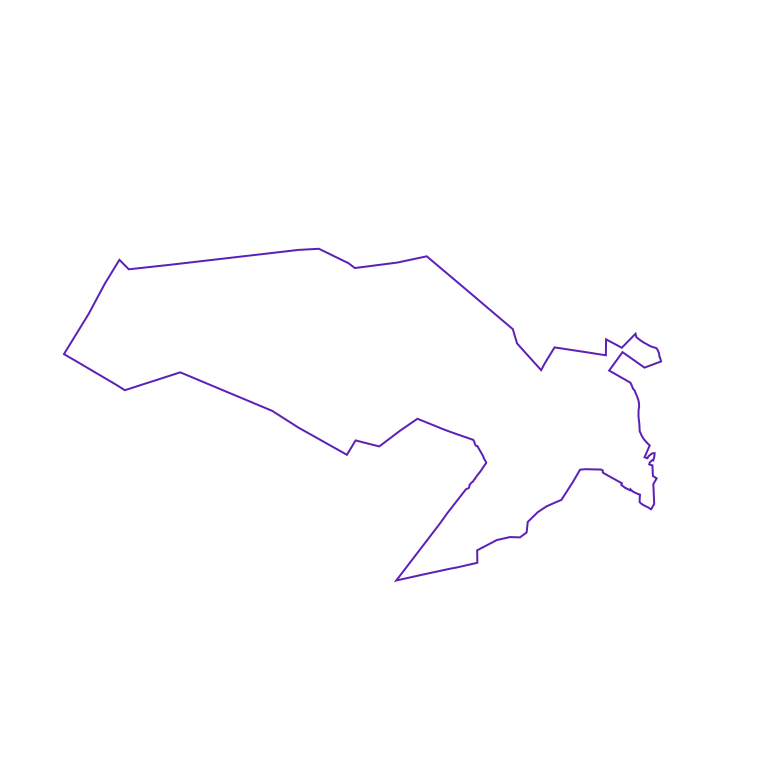 San Andrés Zautla, Oaxaca, Mexico, rotated 29°
{"feature_id": "50627088B86831470894545", "entity_name": "San Andrés Zautla", "entity_type": "district", "adm_level": 2, "iso_a3": "MEX", "parent_name": "Mexico", "parent_adm1": "Oaxaca", "projection": "natural_earth1", "projection_center": [-96.857, 17.182], "detail": "fine", "context": "isolated", "style": "outline", "palette": "violet", "viewbox_px": 768, "rotation_deg": 29, "n_neighbors": 0, "source": "geoboundaries", "source_scale": "gbopen_adm2", "svg_char_len": 2572}
<svg xmlns="http://www.w3.org/2000/svg" viewBox="0 0 768 768"><g transform="rotate(29 384 384)"><path d="M552.3,495.1L546.3,484.6L546.1,484.3L558.3,465.8L568.4,456.8L577.3,452.2L580.7,444.7L576.6,434.9L580.6,421.6L585.4,412.3L587.0,410.2L593.2,402.0L595.3,399.5L596.7,378.8L597.0,363.9L601.7,360.7L608.3,357.3L615.3,353.6L617.2,353.5L618.4,355.4L622.0,355.5L627.7,355.5L636.3,355.5L640.2,355.5L640.3,356.4L640.3,356.8L640.3,357.0L640.6,357.3L640.8,357.3L643.7,357.7L644.5,357.9L645.2,357.9L645.5,357.8L646.3,357.8L650.0,357.7L650.8,357.7L650.6,356.6L651.3,356.8L652.9,357.2L653.7,357.4L657.2,357.3L661.6,356.7L662.0,357.7L662.9,359.7L664.5,362.8L664.8,363.2L665.2,363.4L666.1,363.8L667.1,363.9L669.0,364.1L670.5,364.1L673.3,364.0L675.0,363.9L677.7,364.1L678.4,364.0L678.4,357.8L668.1,341.0L668.2,334.3L663.8,334.1L658.2,325.0L657.1,325.3L655.8,325.7L654.9,325.7L654.5,323.9L654.8,322.6L655.5,320.6L656.5,320.3L656.0,317.6L655.0,315.0L654.2,313.3L652.7,314.2L652.0,315.1L651.2,316.8L650.3,319.2L650.4,321.2L647.4,321.8L647.2,319.7L646.2,308.9L645.7,308.8L645.1,308.6L643.3,308.2L641.3,307.4L639.0,306.7L637.2,305.9L634.2,304.1L630.5,301.3L626.6,295.0L625.0,292.8L622.4,289.1L619.4,283.6L617.9,279.7L615.7,276.4L613.8,274.3L611.3,272.1L608.6,270.1L606.6,268.4L605.4,267.8L604.5,267.6L599.0,263.4L574.4,263.1L576.9,243.0L577.2,240.5L578.2,240.6L603.9,243.4L615.4,229.9L612.6,227.0L612.1,227.0L609.5,223.7L607.7,222.2L605.1,220.6L602.3,221.1L598.7,221.8L590.4,221.8L585.6,221.3L581.9,220.6L579.6,218.1L577.4,226.3L574.4,237.0L556.6,237.3L564.1,251.3L557.7,253.7L548.6,257.0L521.1,267.2L515.4,269.3L514.6,288.1L514.7,295.7L497.5,289.8L480.7,284.0L470.1,273.6L438.0,267.2L406.1,260.8L359.5,251.6L336.8,271.3L302.3,296.7L293.8,295.5L292.0,295.7L261.5,297.3L244.0,308.3L136.8,385.1L134.5,386.7L105.2,407.4L92.4,403.7L91.2,431.4L91.7,465.9L89.6,513.0L94.1,513.1L112.1,513.5L122.3,513.8L150.5,514.5L160.3,515.1L200.1,472.6L299.3,461.7L329.7,463.6L385.9,463.9L386.5,447.1L398.5,444.0L410.1,440.9L411.1,438.7L420.8,416.8L430.1,398.2L459.6,394.6L470.1,392.9L489.2,389.6L490.9,390.6L492.3,392.2L492.5,392.3L494.2,393.4L495.2,393.4L495.7,393.0L505.3,398.8L506.5,399.7L507.1,400.4L510.6,402.5L511.5,403.2L511.6,403.4L511.6,403.6L511.6,403.8L511.0,410.2L510.9,412.3L510.8,413.0L509.4,421.8L509.6,422.5L509.1,424.6L509.1,426.3L508.6,427.2L508.1,428.5L508.0,429.8L507.7,430.8L508.4,432.3L508.6,433.5L508.4,434.0L508.2,434.5L507.0,436.0L506.7,436.4L502.0,466.2L500.5,479.2L490.0,549.9L510.3,531.9L531.6,513.3L536.7,509.1L552.3,495.1Z" fill="none" stroke="#5b21b6" stroke-width="2"/></g></svg>